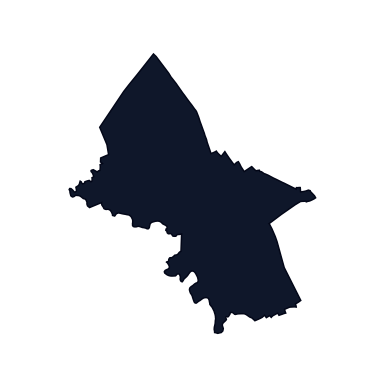 Serrekunda East, Banjul, Gambia, rotated 165°
{"feature_id": "56634734B18055278254530", "entity_name": "Serrekunda East", "entity_type": "district", "adm_level": 2, "iso_a3": "GMB", "parent_name": "Gambia", "parent_adm1": "Banjul", "projection": "natural_earth1", "projection_center": [-16.66, 13.41], "detail": "fine", "context": "isolated", "style": "filled", "palette": "ink", "viewbox_px": 384, "rotation_deg": 165, "n_neighbors": 0, "source": "geoboundaries", "source_scale": "gbopen_adm2", "svg_char_len": 5886}
<svg xmlns="http://www.w3.org/2000/svg" viewBox="0 0 384 384"><g transform="rotate(165 192 192)"><path d="M115.0,59.1L116.5,66.3L116.5,66.6L116.6,66.8L122.5,95.2L122.5,96.1L122.6,106.3L122.7,122.0L123.1,127.3L124.3,135.6L125.6,141.4L125.7,141.5L111.6,147.2L94.2,153.5L94.1,153.4L93.6,153.6L90.7,154.4L90.3,154.6L89.5,154.7L88.2,154.5L86.4,154.1L84.4,153.7L84.2,152.9L82.4,153.0L81.3,152.9L80.5,152.9L78.1,153.3L75.8,153.8L74.1,154.4L74.7,156.8L74.8,156.9L77.5,161.9L77.5,162.7L79.1,163.7L81.4,163.5L82.4,163.5L84.2,163.6L86.0,163.8L87.1,164.0L87.0,164.5L86.9,165.0L86.3,168.3L87.3,168.6L88.5,168.8L89.1,168.9L90.0,169.2L90.6,168.0L90.7,167.8L97.0,173.4L101.1,177.0L101.8,177.5L105.3,180.6L107.7,182.7L109.5,184.2L111.0,185.6L112.3,186.8L114.1,188.5L116.5,190.4L117.6,191.1L118.8,192.6L119.7,193.6L120.4,194.0L121.3,194.4L121.3,195.6L122.6,195.8L124.6,195.9L125.5,197.1L127.7,201.0L127.8,201.1L136.3,198.2L137.9,203.1L138.1,203.8L138.7,206.9L139.4,209.3L141.2,209.0L142.7,208.2L144.3,207.3L145.7,210.9L147.3,215.0L149.2,220.5L149.8,222.5L151.4,221.3L152.8,220.2L154.6,218.8L155.6,220.5L156.8,222.4L157.5,223.9L157.9,225.2L159.9,224.7L161.9,224.4L163.7,224.2L164.0,229.0L164.5,236.1L164.4,238.9L164.9,243.5L164.9,245.4L165.1,247.6L165.5,252.4L165.7,254.8L166.0,258.0L166.1,260.9L166.2,262.7L166.8,268.2L167.2,269.7L167.5,270.4L167.9,271.2L169.8,276.3L171.1,279.3L172.8,283.6L174.0,286.8L175.2,289.7L178.6,299.0L179.1,300.5L179.9,302.4L181.0,305.0L181.3,305.7L182.6,308.7L183.7,312.6L191.6,332.2L193.5,335.3L214.4,319.7L225.3,311.8L231.9,306.8L264.4,278.4L261.9,259.8L262.9,249.7L271.4,248.5L272.6,244.7L271.1,242.6L273.7,242.2L274.1,240.0L274.8,237.9L275.4,236.6L277.1,236.6L278.2,235.8L281.6,239.1L283.6,239.0L283.7,238.9L284.1,238.6L284.1,237.7L283.4,236.6L283.0,234.3L283.0,232.1L284.9,231.7L285.1,230.4L285.6,228.7L286.7,228.1L287.0,228.0L288.3,229.8L290.7,229.8L292.0,229.7L293.0,229.5L293.5,228.3L294.4,228.2L295.4,228.2L296.1,228.8L296.3,230.4L297.2,231.4L298.1,230.0L298.8,228.7L300.1,227.6L301.3,227.2L302.9,226.7L303.1,223.8L303.6,222.6L304.6,222.2L305.7,222.5L306.7,224.7L308.0,226.6L309.2,227.0L310.0,226.2L309.7,224.4L310.0,222.9L310.0,219.7L309.5,218.9L308.6,218.1L307.4,218.1L306.5,218.4L305.2,218.9L302.2,217.8L301.1,217.0L300.6,216.4L299.9,215.5L298.7,213.8L297.2,213.0L296.7,212.2L296.4,211.6L296.1,209.2L296.6,207.6L296.6,207.2L296.5,205.6L295.2,203.8L295.0,203.5L282.1,205.2L282.4,204.7L282.4,202.6L281.6,200.3L281.3,198.7L280.4,197.9L279.7,197.5L279.1,197.3L278.1,197.2L277.3,196.9L276.1,196.0L275.5,195.0L274.9,193.3L274.9,192.6L274.6,191.7L274.7,190.7L274.8,189.9L272.9,188.8L272.0,189.5L271.3,190.2L270.0,190.8L269.4,190.7L268.7,190.9L267.7,190.5L265.1,189.1L264.1,188.6L262.3,187.8L260.6,186.9L259.1,186.3L258.1,185.3L257.2,184.0L256.6,181.2L256.6,180.5L256.7,179.5L257.3,177.6L257.8,176.5L257.8,175.9L258.1,174.9L257.6,173.8L256.5,173.2L254.9,172.8L253.3,172.8L252.2,172.6L250.0,171.2L249.2,170.6L248.0,170.1L246.8,169.5L246.1,169.2L245.5,168.5L244.4,167.9L243.6,167.8L242.5,168.6L241.7,170.3L241.1,171.3L240.8,172.0L239.8,172.6L239.1,173.1L237.4,173.2L234.7,173.2L232.9,172.9L231.8,172.5L231.0,172.1L229.8,171.0L229.4,170.5L228.6,168.9L228.1,168.5L227.2,167.6L226.2,166.8L225.8,166.2L225.2,165.6L225.2,164.9L225.1,164.4L225.5,163.6L226.1,162.9L226.7,162.9L226.9,162.3L227.2,161.8L226.3,160.3L226.5,159.5L226.5,159.0L226.3,158.7L225.8,157.9L225.2,157.6L224.4,157.5L223.8,157.5L223.2,157.2L222.4,156.2L222.3,155.3L221.8,154.3L220.2,153.7L219.3,153.5L218.6,153.7L217.7,154.5L216.8,154.7L215.9,154.4L215.2,154.3L214.5,154.2L212.9,154.2L217.9,137.8L220.1,136.9L221.4,135.8L223.0,135.2L223.9,135.3L225.1,135.4L225.7,135.0L226.9,134.4L228.3,133.8L230.4,134.2L231.2,133.7L231.9,132.9L232.3,131.8L232.7,131.1L234.7,131.0L234.8,130.9L234.2,130.1L233.8,129.0L233.6,128.4L233.4,127.5L233.2,126.9L233.2,126.1L233.3,125.5L233.5,124.9L233.8,124.5L234.9,123.8L237.0,123.5L238.2,123.2L239.3,122.3L239.4,121.8L239.3,121.4L239.3,120.7L238.8,120.2L238.1,119.1L237.2,118.2L236.2,117.4L235.0,116.7L234.3,116.4L233.1,116.0L229.8,115.3L229.5,115.3L227.7,116.5L226.9,116.6L225.7,116.1L225.3,115.1L225.2,113.0L226.0,110.8L226.0,109.2L225.5,108.3L224.7,107.8L223.5,108.7L222.4,109.9L221.5,110.4L220.0,111.2L218.9,111.8L217.5,112.8L216.5,113.7L215.6,114.4L214.4,115.3L212.8,115.8L212.0,115.6L210.8,114.8L210.2,114.0L209.7,112.8L209.3,111.3L208.9,109.4L208.7,108.4L208.7,106.5L209.0,104.5L209.1,104.1L210.7,102.9L211.6,103.0L213.3,102.5L215.7,101.3L216.9,101.0L218.1,100.4L218.9,99.9L219.2,99.5L219.8,98.2L219.8,96.4L219.7,94.9L219.2,93.5L218.8,92.1L218.7,91.5L218.7,90.5L218.6,88.1L218.4,85.8L218.2,84.7L217.6,83.9L216.5,83.6L213.8,84.8L212.7,85.0L212.2,85.2L210.0,86.1L208.4,86.6L207.2,86.6L205.8,86.4L204.9,86.0L204.2,85.6L203.6,84.5L203.4,82.7L203.6,81.4L203.6,80.0L203.8,79.3L203.8,78.6L202.7,76.1L202.4,75.5L202.1,74.1L201.5,71.2L201.5,70.2L201.4,67.8L201.5,66.1L201.8,64.6L202.0,63.3L202.7,61.9L203.6,59.2L204.4,57.5L205.4,55.7L206.0,54.0L206.2,53.2L206.2,52.1L206.5,50.5L206.3,50.5L206.2,50.3L205.5,49.9L203.7,48.8L202.2,48.8L200.1,48.7L198.2,49.8L197.1,52.0L197.2,54.2L197.3,54.4L197.1,55.7L196.6,56.8L195.6,57.6L193.3,58.8L192.2,59.5L191.7,60.1L191.8,60.8L192.1,61.5L191.8,62.1L191.2,62.7L190.6,62.7L189.8,62.1L189.0,62.3L188.4,62.9L187.0,64.2L186.5,65.1L185.9,65.6L185.2,65.5L184.2,65.1L183.6,64.6L182.5,62.9L181.7,62.5L180.5,62.5L179.2,62.4L177.7,62.1L174.8,61.4L174.1,61.2L172.9,60.8L171.3,59.5L168.6,56.3L166.7,54.8L164.8,51.8L164.6,51.4L163.6,51.5L162.5,51.7L161.1,51.9L158.7,52.3L156.6,52.8L153.8,54.2L152.7,51.4L150.6,52.0L149.2,52.6L148.4,51.3L147.9,50.4L147.2,50.9L145.8,51.6L140.8,52.8L140.5,52.8L139.9,50.4L136.7,50.6L134.6,50.8L132.8,50.8L132.9,51.7L133.0,52.6L133.0,54.7L130.4,55.1L127.4,55.5L123.0,54.6L121.1,53.9L121.0,54.7L121.0,56.3L121.0,57.2L120.5,57.3L119.6,57.5L117.3,58.2L116.3,58.6L115.0,59.1Z" fill="#0f172a" stroke="#020617" stroke-width="1.5"/></g></svg>